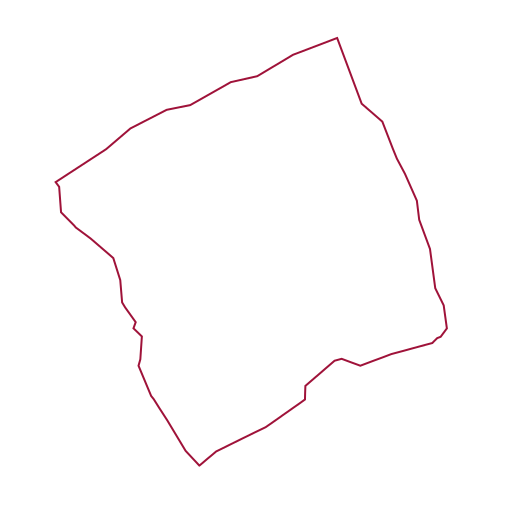 outline of Xanbogd, Ömnögovi, Mongolia, rotated 341°
{"feature_id": "93677404B95802719700643", "entity_name": "Xanbogd", "entity_type": "district", "adm_level": 2, "iso_a3": "MNG", "parent_name": "Mongolia", "parent_adm1": "Ömnögovi", "projection": "orthographic", "projection_center": [107.26, 42.897], "detail": "fine", "context": "isolated", "style": "outline", "palette": "rose", "viewbox_px": 512, "rotation_deg": 341, "n_neighbors": 0, "source": "geoboundaries", "source_scale": "gbopen_adm2", "svg_char_len": 1173}
<svg xmlns="http://www.w3.org/2000/svg" viewBox="0 0 512 512"><g transform="rotate(341 256 256)"><path d="M134.2,435.7L134.3,435.7L135.4,435.3L144.6,431.7L148.1,430.4L154.8,427.8L156.7,427.6L169.8,425.9L183.1,424.2L196.7,422.5L200.1,422.1L203.5,421.7L209.4,421.0L227.3,415.9L228.5,415.5L242.7,411.4L249.7,409.4L255.6,407.6L257.6,402.2L260.4,394.9L273.4,389.7L274.5,389.3L275.0,389.1L285.4,384.9L289.2,383.4L296.2,380.6L303.4,381.1L303.5,381.1L311.3,387.5L315.0,390.5L317.1,392.2L318.9,393.7L332.7,393.3L342.7,393.1L351.9,392.8L352.1,392.8L364.8,393.7L374.2,394.3L387.7,395.2L394.4,395.7L396.1,394.8L400.7,392.6L401.9,392.6L404.3,392.5L412.9,386.6L417.4,363.8L415.0,344.8L422.8,306.0L422.1,274.9L426.1,256.1L423.6,226.8L420.9,209.8L420.3,199.0L419.2,170.1L405.5,146.4L403.7,76.3L403.1,76.3L356.5,77.8L315.7,86.4L288.8,83.4L243.0,91.9L219.1,88.7L178.8,94.5L149.1,106.2L90.6,120.9L92.4,126.5L85.9,151.2L94.0,168.0L94.9,170.4L105.3,185.6L120.4,211.5L119.8,234.6L114.3,256.3L115.5,261.9L120.7,279.4L116.6,284.5L121.9,294.9L113.0,316.0L109.2,321.5L111.3,354.2L112.7,358.1L115.1,368.4L118.6,382.5L126.0,417.3L134.2,435.7Z" fill="none" stroke="#9f1239" stroke-width="2"/></g></svg>